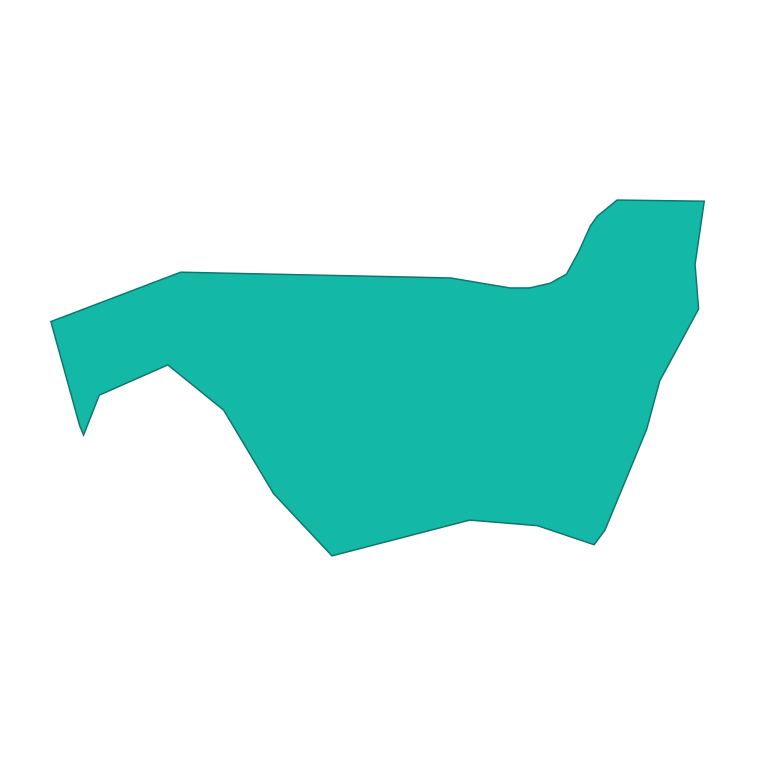 an SVG outline of Jezersko, rotated 177°
{"feature_id": "SVN-237", "entity_name": "Jezersko", "entity_type": "Municipality", "adm_level": 1, "iso_a3": "SVN", "parent_name": "Slovenia", "parent_adm1": "", "projection": "robinson", "projection_center": [14.473, 46.385], "detail": "fine", "context": "isolated", "style": "filled", "palette": "teal", "viewbox_px": 768, "rotation_deg": 177, "n_neighbors": 0, "source": "natural_earth", "source_scale": "10m", "svg_char_len": 504}
<svg xmlns="http://www.w3.org/2000/svg" viewBox="0 0 768 768"><g transform="rotate(177 384 384)"><path d="M598.9,414.4L668.9,387.8L686.7,348.7L690.2,358.7L713.4,463.8L581.2,506.3L312.0,486.4L253.2,473.3L233.8,472.3L212.9,475.9L196.0,484.2L182.9,505.4L169.7,531.0L162.2,540.4L141.6,555.5L54.6,549.8L67.1,487.2L65.9,442.5L108.5,372.6L124.1,324.9L171.0,226.5L182.6,212.5L238.2,234.5L305.7,243.6L445.0,215.1L500.0,280.3L545.5,366.3L598.9,414.4Z" fill="#14b8a6" stroke="#0f766e" stroke-width="1.5"/></g></svg>